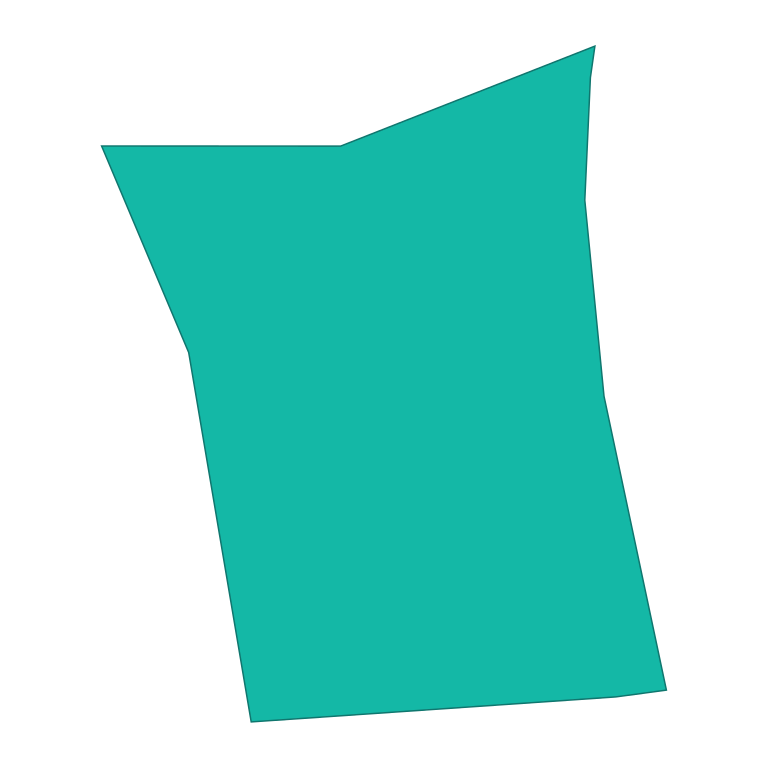 SVG path tracing the border of Mubarak Al-Kabeer
{"feature_id": "KWT-1666", "entity_name": "Mubarak Al-Kabeer", "entity_type": "Province", "adm_level": 1, "iso_a3": "KWT", "parent_name": "Kuwait", "parent_adm1": "", "projection": "albers", "projection_center": [48.072, 29.26], "detail": "fine", "context": "isolated", "style": "filled", "palette": "teal", "viewbox_px": 768, "rotation_deg": 0, "n_neighbors": 0, "source": "natural_earth", "source_scale": "10m", "svg_char_len": 261}
<svg xmlns="http://www.w3.org/2000/svg" viewBox="0 0 768 768"><path d="M594.9,46.1L590.4,77.6L584.8,200.2L604.0,396.2L666.4,690.1L615.8,696.9L251.2,721.9L188.7,352.5L101.6,146.0L340.6,146.1L594.9,46.1Z" fill="#14b8a6" stroke="#0f766e" stroke-width="1.5"/></svg>